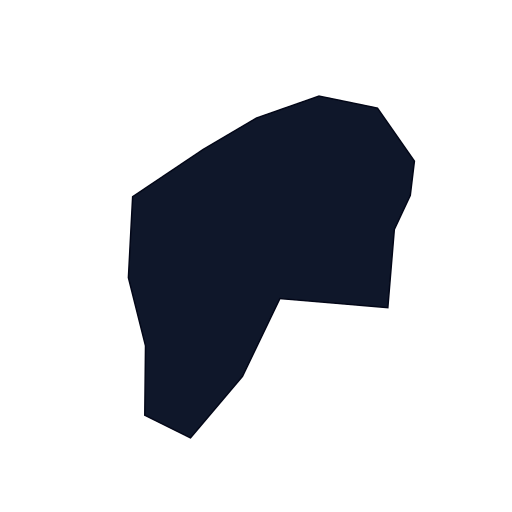 the border of Érd, rotated 228°
{"feature_id": "HUN-4907", "entity_name": "Érd", "entity_type": "Urban county", "adm_level": 1, "iso_a3": "HUN", "parent_name": "Hungary", "parent_adm1": "", "projection": "equal_earth", "projection_center": [18.891, 47.383], "detail": "fine", "context": "isolated", "style": "filled", "palette": "ink", "viewbox_px": 512, "rotation_deg": 228, "n_neighbors": 0, "source": "natural_earth", "source_scale": "10m", "svg_char_len": 361}
<svg xmlns="http://www.w3.org/2000/svg" viewBox="0 0 512 512"><g transform="rotate(228 256 256)"><path d="M382.6,204.0L370.5,288.3L358.2,348.7L332.7,409.8L284.6,445.2L220.5,437.2L197.8,411.2L183.2,376.6L129.4,319.4L208.4,245.3L175.6,165.4L164.7,85.6L212.1,66.8L263.2,113.8L325.3,146.7L382.6,204.0Z" fill="#0f172a" stroke="#020617" stroke-width="1.5"/></g></svg>